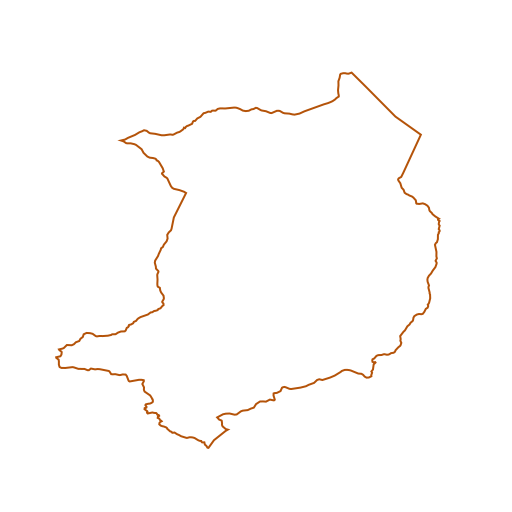 Chambo, Chimborazo, Ecuador (Equal Earth projection), rotated 280°
{"feature_id": "8360857B64832470835751", "entity_name": "Chambo", "entity_type": "district", "adm_level": 2, "iso_a3": "ECU", "parent_name": "Ecuador", "parent_adm1": "Chimborazo", "projection": "equal_earth", "projection_center": [-78.546, -1.744], "detail": "fine", "context": "isolated", "style": "outline", "palette": "amber", "viewbox_px": 512, "rotation_deg": 280, "n_neighbors": 0, "source": "geoboundaries", "source_scale": "gbopen_adm2", "svg_char_len": 6043}
<svg xmlns="http://www.w3.org/2000/svg" viewBox="0 0 512 512"><g transform="rotate(280 256 256)"><path d="M406.9,278.6L403.8,274.1L401.9,269.4L401.8,267.2L402.0,264.1L401.5,259.4L401.7,257.7L402.9,254.5L403.0,253.3L402.6,251.3L399.5,246.6L399.3,245.3L400.3,240.7L400.3,236.3L400.5,235.3L401.9,231.5L401.9,230.1L400.3,228.0L399.6,226.0L397.8,223.7L396.9,220.7L396.9,217.8L397.9,214.9L398.5,211.9L398.6,210.5L398.4,208.8L396.0,200.3L395.1,194.9L394.2,192.8L392.1,191.0L391.7,188.2L391.4,187.4L390.1,186.4L389.9,183.9L388.2,181.3L387.5,179.6L383.4,177.1L381.3,174.3L378.5,172.6L378.2,171.3L377.5,170.6L375.1,170.1L372.5,166.5L372.2,165.7L371.0,164.5L369.7,164.0L369.9,162.8L368.2,162.4L365.7,160.0L364.9,159.1L363.8,156.9L361.3,153.7L360.9,152.9L360.8,150.4L359.0,144.8L358.5,142.2L358.8,135.5L358.5,130.4L358.9,129.1L360.3,126.6L360.4,123.9L359.1,122.2L357.6,119.7L354.2,115.8L350.1,109.4L348.0,106.9L346.3,103.0L345.9,105.7L344.6,108.5L344.6,109.7L345.2,112.9L345.0,116.8L344.6,118.5L341.3,124.8L338.1,127.3L335.1,131.7L334.4,134.2L334.6,137.6L334.4,139.8L334.0,140.7L333.6,141.2L332.9,141.5L332.6,142.9L331.7,144.2L326.2,148.9L323.1,150.6L321.2,149.1L320.7,149.1L318.4,152.0L317.6,154.2L317.0,155.2L310.1,160.0L308.6,161.6L307.9,163.4L307.6,169.1L306.8,173.9L305.9,176.2L279.7,168.4L268.1,168.1L266.5,167.8L264.1,166.0L261.4,164.9L257.8,165.9L254.9,165.4L251.2,163.3L248.7,162.7L247.1,161.2L245.5,161.1L241.2,159.9L238.9,159.5L234.0,157.5L231.8,157.5L228.2,159.2L226.2,159.7L224.2,162.4L223.5,162.7L220.8,162.0L219.8,162.1L215.8,163.1L211.2,163.7L209.4,164.2L208.7,164.7L208.0,166.8L205.4,167.7L203.6,168.9L200.9,171.8L198.5,172.6L197.5,172.6L194.8,171.6L194.1,171.8L193.1,173.1L191.6,173.5L190.4,172.4L187.9,171.0L186.8,169.0L185.6,168.5L184.6,166.6L184.2,165.3L182.6,163.6L182.1,162.0L179.6,159.7L175.8,152.9L174.1,150.9L172.9,150.0L171.3,149.2L169.9,147.1L168.4,146.7L166.8,144.7L166.1,143.0L165.3,142.7L164.7,142.9L163.6,142.3L162.8,141.2L160.0,140.6L159.0,139.8L158.2,136.1L156.6,133.4L154.6,131.3L153.9,127.9L153.1,127.1L151.8,124.0L150.6,119.2L150.0,115.6L149.2,113.3L149.3,112.1L151.0,108.6L151.2,105.9L150.8,102.5L149.0,99.9L146.2,99.5L144.0,97.5L141.6,96.7L139.8,93.6L137.5,92.0L136.1,90.0L135.5,85.2L132.0,82.7L131.2,81.5L129.8,78.2L129.1,78.8L128.0,81.1L127.3,81.4L125.1,81.5L123.3,80.8L121.6,76.8L121.0,77.0L119.7,79.6L117.9,80.2L114.9,80.7L112.8,81.7L112.5,82.0L112.0,83.8L112.6,87.6L114.7,94.6L114.7,95.9L114.0,100.7L115.0,106.7L114.3,109.9L114.5,111.2L116.5,113.0L116.4,117.2L117.2,119.7L117.4,121.9L117.2,131.0L116.8,131.8L114.5,133.9L114.6,135.4L115.2,138.0L115.0,142.1L115.3,143.3L116.2,145.2L116.6,148.2L115.5,149.5L111.2,152.1L110.8,152.5L110.5,153.4L113.7,162.1L114.2,164.8L114.2,167.0L113.3,167.3L110.2,166.3L107.2,168.5L104.9,168.8L103.9,169.3L103.1,169.9L100.3,176.0L98.1,178.0L97.1,178.6L96.9,179.1L95.2,179.7L94.2,179.6L93.1,178.5L92.2,177.1L91.8,175.6L90.8,173.3L90.2,173.0L89.8,173.0L88.4,174.4L87.7,174.4L87.2,173.8L86.9,172.8L85.8,172.8L84.3,175.8L83.7,176.2L83.1,175.8L82.6,176.0L82.1,176.7L83.9,181.1L83.8,182.9L84.0,185.0L83.6,185.6L82.6,186.4L82.5,187.6L82.1,188.3L81.7,188.4L80.8,187.3L79.5,187.3L79.1,188.9L77.5,190.3L77.3,191.3L76.9,191.8L76.0,190.6L74.8,189.9L73.4,190.0L72.4,191.7L72.1,193.5L72.1,194.7L71.6,197.3L71.1,198.2L70.5,198.5L68.4,201.9L68.2,203.3L67.4,204.2L67.4,204.6L68.0,206.4L66.8,209.2L66.3,211.4L65.5,213.5L64.8,219.2L65.0,220.0L65.9,221.9L66.2,223.4L66.3,225.2L66.1,227.1L64.6,230.9L64.2,232.5L64.3,234.2L63.5,234.7L63.1,235.3L63.5,237.5L61.4,238.4L60.4,240.1L58.8,241.5L58.8,242.5L67.3,246.6L78.5,256.5L80.1,258.4L80.3,256.3L82.4,252.7L83.8,251.8L85.0,251.7L87.7,250.9L88.0,250.6L88.5,248.1L90.3,245.8L94.4,251.0L95.5,253.7L96.3,257.4L96.0,262.5L96.6,264.5L100.4,268.1L101.4,269.8L102.8,274.6L104.8,277.4L106.3,280.2L110.2,281.8L113.4,285.2L114.0,288.1L114.3,291.1L117.0,294.6L116.9,298.5L117.2,299.2L117.9,299.4L121.6,297.5L123.7,297.2L124.1,297.8L124.8,300.3L127.2,303.6L130.8,304.5L131.3,305.1L132.0,306.7L131.9,308.0L131.0,312.0L131.1,313.7L134.1,322.6L136.4,327.8L138.3,330.3L141.1,335.2L144.5,337.7L145.6,339.7L145.4,342.9L149.1,350.0L151.9,354.3L156.5,359.5L157.7,360.5L159.2,363.1L159.7,365.4L159.8,367.9L159.7,369.3L158.0,377.1L158.3,380.3L157.6,382.1L156.1,384.0L155.4,386.0L155.9,388.2L157.6,390.5L158.7,390.2L161.2,390.6L162.3,389.7L164.5,390.9L169.7,390.7L171.8,392.2L172.2,391.8L171.7,390.2L172.0,389.1L173.5,388.6L174.5,388.7L175.6,390.2L178.6,392.0L179.6,393.6L180.3,396.8L181.4,398.8L181.6,399.6L181.5,402.0L181.8,403.3L182.4,404.4L183.8,405.9L184.6,408.3L185.3,409.0L185.9,409.5L187.4,409.8L190.8,412.0L192.6,413.6L193.4,413.9L195.7,414.2L197.6,412.9L199.3,412.9L202.2,411.9L207.0,414.4L208.6,415.6L213.1,417.3L215.2,419.1L217.1,419.8L219.1,421.5L220.0,421.8L222.7,421.8L224.3,422.4L226.3,424.6L227.2,426.6L227.4,429.0L228.0,430.3L230.3,431.5L233.4,432.4L234.9,434.0L236.7,434.3L238.0,433.6L239.0,434.3L240.2,434.6L244.6,434.9L248.3,434.1L249.2,433.5L250.3,433.3L254.4,431.4L255.5,431.2L257.0,431.5L260.4,429.5L262.4,428.9L264.2,428.9L266.7,429.8L269.1,431.4L272.3,432.6L276.2,434.6L279.8,435.2L280.9,435.0L282.4,433.7L285.1,434.5L287.0,433.7L291.4,433.0L298.1,430.3L299.8,430.8L301.0,431.8L304.1,432.2L308.5,431.5L310.3,432.1L311.1,431.8L312.1,432.5L313.1,432.4L314.2,431.3L317.8,431.6L318.7,430.6L319.3,430.4L321.7,430.4L322.3,430.7L323.0,429.2L323.5,428.9L324.0,428.9L324.5,429.6L326.2,425.5L327.9,422.5L328.8,421.8L330.4,419.4L331.2,418.8L333.6,417.9L335.3,416.1L336.4,413.5L336.8,411.1L335.6,407.8L335.4,405.1L335.7,404.7L338.6,403.7L340.9,400.8L341.7,399.2L342.2,396.6L342.9,394.9L343.1,393.5L344.1,391.4L346.9,389.8L348.5,387.6L352.7,385.5L355.0,383.2L355.8,382.7L356.4,382.7L357.3,383.1L359.1,385.3L363.5,386.6L404.1,397.3L417.5,369.1L441.9,334.6L453.2,318.3L451.6,315.5L451.4,313.9L451.5,312.1L451.2,310.2L450.1,307.8L449.3,307.4L446.1,307.4L442.4,306.8L438.4,307.6L433.5,308.0L430.5,308.8L428.6,309.6L427.4,309.8L425.5,307.8L423.8,306.6L421.8,304.5L420.6,302.8L419.1,300.4L417.1,296.4L406.9,278.6Z" fill="none" stroke="#b45309" stroke-width="2"/></g></svg>